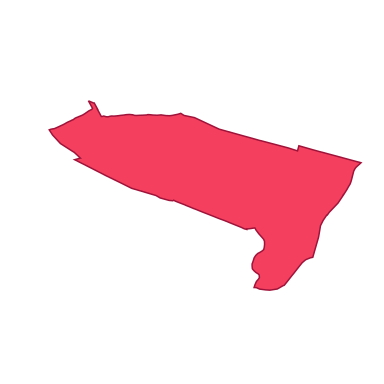 Pāvilosta, Pavilostas, Latvia (Natural Earth projection), rotated 16°
{"feature_id": "27541924B98324195645894", "entity_name": "Pāvilosta", "entity_type": "district", "adm_level": 2, "iso_a3": "LVA", "parent_name": "Latvia", "parent_adm1": "Pavilostas", "projection": "natural_earth1", "projection_center": [21.193, 56.882], "detail": "fine", "context": "isolated", "style": "filled", "palette": "rose", "viewbox_px": 384, "rotation_deg": 16, "n_neighbors": 0, "source": "geoboundaries", "source_scale": "gbopen_adm2", "svg_char_len": 2738}
<svg xmlns="http://www.w3.org/2000/svg" viewBox="0 0 384 384"><g transform="rotate(16 192 192)"><path d="M159.9,119.6L159.5,119.5L157.1,121.1L151.9,123.8L149.6,124.8L146.0,125.7L144.0,126.0L141.0,126.4L137.4,127.8L133.2,128.8L130.2,129.3L128.1,129.8L127.3,130.4L123.3,131.8L120.5,132.7L117.3,133.8L115.5,134.2L113.7,134.1L110.5,134.7L107.4,135.8L105.3,136.8L102.3,138.0L99.1,139.4L96.0,140.6L93.8,141.1L92.3,141.8L90.5,142.9L88.7,143.3L86.2,143.3L84.9,144.1L84.0,144.4L78.3,138.6L78.5,138.5L73.5,133.4L73.2,133.6L68.0,133.0L67.7,133.3L73.3,139.0L73.0,140.0L72.7,140.4L71.7,141.3L71.0,142.0L70.5,142.4L70.0,143.0L69.3,143.9L68.4,145.0L67.6,146.0L66.8,146.9L65.7,148.1L65.3,148.4L64.8,148.9L64.2,149.3L63.4,150.0L62.5,150.6L62.0,151.1L61.5,151.5L60.8,152.0L59.6,153.0L58.9,153.7L58.4,154.5L58.1,155.0L57.2,155.7L56.7,156.1L56.3,156.4L55.8,157.0L54.8,157.8L53.7,158.7L52.6,159.7L50.7,161.7L49.2,163.1L47.9,164.2L47.2,164.8L46.1,165.8L44.3,167.3L43.1,168.3L42.4,168.9L41.5,169.4L40.7,169.7L40.0,170.1L39.3,170.4L38.7,170.8L38.1,171.2L37.6,171.6L40.5,174.1L42.2,175.6L45.0,177.3L52.2,181.7L53.2,182.0L67.2,186.2L67.4,186.1L75.4,190.2L75.0,190.4L70.3,193.3L86.9,196.5L105.2,200.1L120.6,202.8L133.0,205.1L158.3,205.3L161.9,206.2L163.0,206.5L172.3,206.4L176.0,205.7L176.7,204.9L176.9,205.0L177.8,205.2L178.7,205.4L183.9,205.9L189.4,206.4L189.5,206.5L193.5,206.9L198.7,207.5L199.3,207.5L207.9,208.4L214.5,209.0L219.6,209.5L225.5,210.1L231.3,210.5L232.0,210.6L239.4,211.4L247.1,212.2L249.2,212.4L252.5,213.0L253.3,212.9L255.1,212.9L255.0,212.2L255.7,212.1L258.4,211.0L260.0,210.3L260.5,210.0L261.0,209.8L261.7,209.5L262.3,209.2L264.1,211.0L267.8,213.8L271.8,216.3L274.0,217.8L275.3,219.5L276.2,222.4L276.7,225.2L276.8,227.6L275.8,229.2L274.2,231.0L272.1,233.0L270.7,235.5L269.9,238.2L269.8,242.1L269.6,244.6L270.0,246.0L270.4,247.2L271.2,249.2L273.1,250.5L275.5,251.7L278.5,252.6L279.4,253.2L280.4,255.7L279.8,257.7L278.6,260.2L278.1,263.7L278.0,266.7L280.2,266.2L283.8,266.7L289.7,265.8L293.9,264.9L300.8,261.7L305.2,257.1L306.4,256.2L308.0,252.4L311.6,243.6L312.0,242.8L315.3,234.6L317.4,229.6L319.9,225.8L322.8,223.5L324.0,222.6L326.1,221.5L326.1,220.9L326.1,208.5L326.1,208.0L326.1,206.9L326.1,202.6L326.1,201.0L326.1,200.8L326.1,200.5L325.4,194.1L324.8,189.0L324.9,188.4L325.9,183.1L327.9,177.0L328.3,177.0L328.6,176.3L329.5,173.7L335.4,162.4L338.3,153.4L338.1,153.4L338.2,153.0L338.3,152.7L338.5,152.8L340.3,146.7L340.8,144.3L341.5,141.8L341.8,140.7L342.0,137.4L341.7,127.2L342.3,124.5L343.0,122.8L346.4,117.3L307.4,117.9L304.3,118.0L296.6,118.1L282.0,118.1L282.1,123.4L272.2,123.1L243.8,123.7L243.3,123.8L234.7,123.8L226.7,123.9L200.8,124.1L173.9,119.8L163.2,120.6L159.9,119.6Z" fill="#f43f5e" stroke="#9f1239" stroke-width="1.5"/></g></svg>